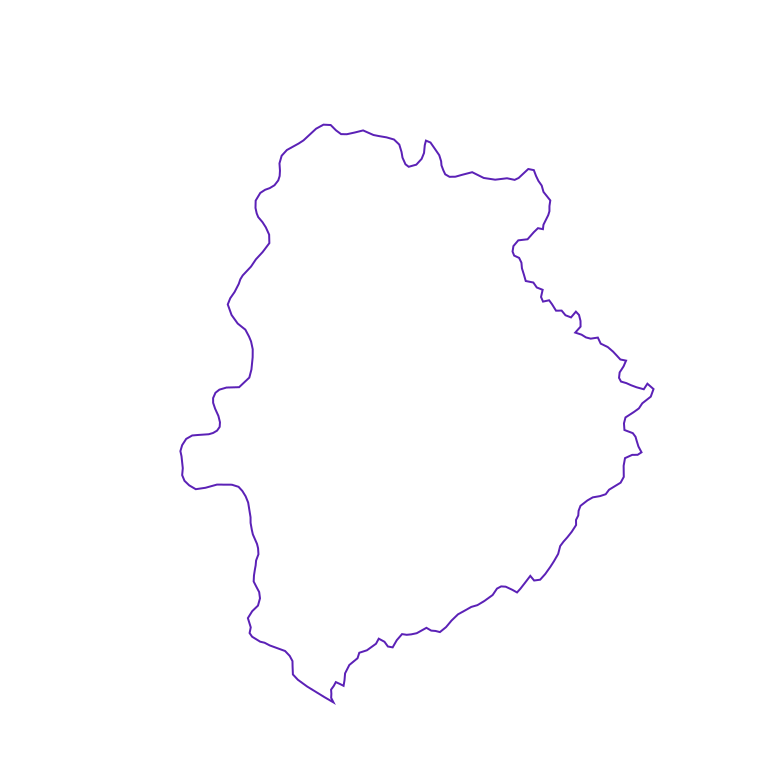 the district of Reserva do Iguaçu, Paraná, Brazil, rotated 62°
{"feature_id": "56859067B45945629242811", "entity_name": "Reserva do Iguaçu", "entity_type": "district", "adm_level": 2, "iso_a3": "BRA", "parent_name": "Brazil", "parent_adm1": "Paraná", "projection": "albers", "projection_center": [-51.961, -25.873], "detail": "fine", "context": "isolated", "style": "outline", "palette": "violet", "viewbox_px": 768, "rotation_deg": 62, "n_neighbors": 0, "source": "geoboundaries", "source_scale": "gbopen_adm2", "svg_char_len": 3549}
<svg xmlns="http://www.w3.org/2000/svg" viewBox="0 0 768 768"><g transform="rotate(62 384 384)"><path d="M641.4,578.1L636.3,578.0L632.8,575.9L629.0,574.2L627.0,570.1L624.6,566.5L628.1,563.8L631.5,561.4L627.1,558.0L621.2,554.2L615.8,546.5L613.7,536.1L609.7,532.0L611.1,524.1L609.6,513.0L606.4,508.2L611.8,504.6L617.6,503.8L620.6,500.0L616.2,493.0L613.3,485.5L616.1,481.7L617.8,477.6L619.4,472.1L619.2,461.0L623.9,458.1L626.2,454.5L629.3,451.1L627.8,443.4L624.6,435.5L622.1,426.8L622.0,419.4L621.8,411.6L623.1,405.4L622.7,397.3L621.3,387.1L617.7,380.3L617.7,375.6L620.1,371.7L626.0,367.3L630.5,364.4L628.8,359.7L624.9,351.0L622.1,344.9L628.0,343.7L630.1,338.0L627.5,330.9L623.6,323.1L620.3,317.2L615.8,310.0L609.8,304.5L607.4,299.4L605.4,294.0L602.6,287.6L598.7,280.6L594.2,278.3L591.3,274.2L587.3,271.7L583.8,267.7L582.3,259.0L582.1,252.9L584.4,245.9L585.4,240.0L583.0,234.9L582.2,221.4L578.6,215.9L568.7,210.8L562.6,206.0L563.1,198.1L565.6,193.3L565.2,188.7L558.7,188.7L552.9,187.6L548.7,186.7L544.2,187.4L537.5,193.3L531.4,190.6L526.9,186.5L526.0,176.2L525.2,170.4L522.3,165.0L521.5,160.5L520.4,154.4L515.0,148.4L507.4,151.3L510.6,157.1L505.4,162.6L501.0,166.5L497.0,169.6L493.1,173.6L488.9,173.6L484.4,170.5L480.9,164.2L477.0,159.3L473.3,163.8L463.1,166.5L456.4,169.1L450.1,173.7L443.4,173.4L441.0,180.2L437.7,183.8L433.2,186.4L428.4,191.0L425.6,183.5L420.6,180.9L414.6,179.4L410.2,180.6L413.0,187.6L408.5,191.5L402.6,192.7L400.0,197.7L392.4,198.2L387.6,198.9L385.9,204.9L380.9,204.5L375.3,199.7L370.5,203.8L364.5,204.5L359.6,210.5L353.0,209.1L346.6,207.9L341.4,205.7L336.1,205.5L331.7,208.8L327.4,208.3L323.0,205.0L320.2,198.0L323.6,189.3L320.3,180.5L318.7,174.9L321.9,171.0L318.2,168.4L312.0,159.7L309.1,156.8L304.6,154.4L300.0,151.0L289.3,153.0L282.8,151.6L277.2,152.3L271.8,152.1L265.5,151.3L261.9,155.7L265.3,168.4L265.1,172.8L260.1,178.8L255.8,189.9L248.9,199.2L238.4,206.7L235.9,217.1L234.5,223.6L231.8,228.9L227.6,231.5L223.3,231.3L217.9,230.6L214.2,229.0L207.9,227.8L198.4,228.9L192.6,229.6L188.8,232.7L192.3,235.9L198.8,240.2L202.9,245.1L205.5,252.5L203.8,260.2L200.1,261.9L192.8,261.4L187.4,259.6L179.8,258.1L172.8,260.4L167.4,266.0L162.7,272.1L159.2,276.4L150.3,283.4L148.2,291.8L146.0,299.6L143.2,304.6L137.5,307.3L130.3,309.5L126.6,315.7L126.7,324.1L131.1,340.7L131.6,346.5L131.8,359.9L134.4,367.2L140.1,372.7L146.8,375.7L151.4,378.5L154.6,381.8L157.1,387.4L157.4,392.9L156.7,397.8L157.2,403.5L161.8,411.2L168.2,414.8L173.6,416.3L177.6,416.7L184.1,415.3L190.2,414.8L198.2,415.3L205.8,419.1L210.5,429.2L213.8,438.6L217.9,446.3L221.8,457.8L224.1,461.7L227.4,465.2L232.6,472.7L236.1,479.5L240.4,484.6L251.5,486.2L261.9,484.8L271.0,480.9L278.7,480.9L284.0,481.4L291.7,483.6L298.7,487.4L308.9,494.2L315.1,499.9L318.8,513.4L313.2,524.7L311.7,532.0L312.6,536.9L316.2,541.5L320.4,543.7L326.4,544.7L334.4,545.2L340.8,546.8L344.7,549.2L346.8,553.3L347.0,557.9L346.1,562.3L341.8,571.9L339.4,577.5L339.6,584.4L343.2,590.9L347.7,595.3L352.7,596.7L363.9,601.2L369.7,605.0L375.8,605.6L382.0,603.6L388.5,599.6L391.8,590.4L394.4,578.7L401.5,565.6L406.5,560.7L411.9,559.3L418.2,558.9L424.9,559.6L439.0,564.4L444.0,567.0L450.8,569.2L455.2,570.4L465.6,571.2L469.9,572.3L475.4,574.8L479.8,579.8L483.8,582.4L487.2,585.1L492.0,588.7L497.2,591.8L503.4,591.9L509.1,591.9L515.0,594.1L520.5,599.3L522.7,607.0L526.8,614.1L536.3,615.9L540.8,619.6L545.2,619.1L553.4,614.3L556.4,610.9L561.2,607.6L573.3,596.7L579.8,594.9L585.7,594.9L590.2,597.2L597.7,600.8L604.7,598.9L615.0,593.9L632.2,583.8L641.4,578.1Z" fill="none" stroke="#5b21b6" stroke-width="2"/></g></svg>